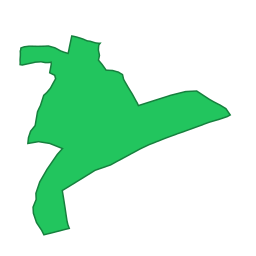 Jayawijaya, Papua, Indonesia (Albers equal-area conic projection), rotated 354°
{"feature_id": "22746128B40741333574981", "entity_name": "Jayawijaya", "entity_type": "district", "adm_level": 2, "iso_a3": "IDN", "parent_name": "Indonesia", "parent_adm1": "Papua", "projection": "albers", "projection_center": [138.85, -4.123], "detail": "fine", "context": "isolated", "style": "filled", "palette": "green", "viewbox_px": 256, "rotation_deg": 354, "n_neighbors": 0, "source": "geoboundaries", "source_scale": "gbopen_adm2", "svg_char_len": 2562}
<svg xmlns="http://www.w3.org/2000/svg" viewBox="0 0 256 256"><g transform="rotate(354 128 128)"><path d="M128.1,74.3L125.8,72.6L124.3,71.4L122.4,70.7L118.7,69.2L112.3,68.2L110.8,65.5L108.8,62.0L105.7,57.4L107.2,52.9L107.1,51.6L107.1,51.4L106.8,48.9L106.7,47.5L106.8,46.7L107.2,44.3L107.3,43.9L107.7,42.3L109.1,40.8L107.8,40.7L104.7,40.0L102.5,39.1L99.5,37.8L96.6,37.1L95.3,36.4L92.7,34.9L89.4,33.4L88.8,33.2L86.8,32.3L83.7,31.2L81.7,30.6L78.4,40.8L77.4,44.1L77.1,45.0L76.2,47.6L72.8,46.1L72.4,46.0L70.3,44.9L69.6,44.6L68.9,44.2L64.9,41.4L64.5,41.2L63.7,40.6L61.9,39.9L60.1,39.2L57.6,38.2L57.3,38.1L56.8,38.1L53.2,37.9L48.4,37.5L48.2,37.5L45.5,37.2L39.2,36.4L38.2,36.3L33.3,36.4L29.9,37.2L29.8,37.5L29.4,39.4L28.9,40.1L28.8,42.2L28.8,42.3L28.5,44.9L27.9,48.3L27.8,49.0L27.6,51.9L27.3,53.7L29.4,54.3L33.9,53.8L38.8,53.3L39.0,53.3L42.4,52.9L42.5,52.8L44.3,52.9L46.8,53.0L48.4,53.0L49.6,53.4L52.5,54.3L53.4,54.4L55.5,54.6L57.6,54.6L58.4,54.5L58.4,56.1L58.4,56.4L57.8,58.4L55.9,64.9L58.3,66.4L59.5,67.2L60.6,67.9L60.7,68.4L61.1,71.1L61.2,71.4L60.9,71.8L60.5,72.4L59.1,74.4L58.1,75.8L56.0,78.9L54.8,80.6L54.7,80.7L54.4,80.9L50.9,84.3L50.3,84.7L50.1,84.9L47.6,86.7L46.3,89.7L43.2,96.7L42.8,97.3L41.4,99.5L39.7,102.4L35.9,115.9L35.0,116.8L30.8,121.0L28.0,127.2L26.8,132.9L31.7,132.6L37.6,132.2L42.7,133.6L48.4,135.1L52.6,137.3L60.7,141.6L54.9,146.9L43.1,160.7L41.3,163.2L34.6,172.4L29.6,183.3L29.2,189.5L27.9,191.9L25.3,196.8L25.0,202.9L27.1,212.3L27.7,213.6L30.0,218.0L31.4,220.6L33.2,225.4L36.0,225.0L40.0,224.5L51.3,222.8L55.3,222.2L59.1,221.7L58.1,217.9L57.6,213.8L57.4,209.2L57.3,207.4L57.1,202.2L56.9,198.0L56.5,190.1L56.1,183.3L56.5,183.1L63.5,179.8L81.4,171.2L90.9,166.6L96.5,165.3L101.4,164.2L102.0,164.0L106.8,162.9L111.3,161.0L112.9,160.3L121.3,156.9L126.9,154.6L128.2,154.0L130.3,153.2L136.1,150.8L137.8,150.1L141.1,148.9L142.0,148.6L146.8,146.9L147.7,146.6L151.2,145.7L153.6,145.0L155.2,144.5L156.6,144.2L160.3,143.1L163.9,142.1L167.0,141.3L175.4,139.2L177.0,138.7L177.3,138.7L183.1,137.4L184.5,137.0L195.4,134.3L200.3,133.1L202.0,132.7L202.7,132.5L203.2,132.3L204.3,132.0L209.6,130.7L220.6,128.7L221.3,128.5L222.5,128.3L222.8,128.2L228.0,127.0L231.0,125.7L227.4,119.0L221.8,114.7L220.2,113.7L215.8,110.8L211.9,108.0L208.0,104.8L204.1,101.6L200.2,98.4L191.5,97.9L189.0,97.8L188.2,97.9L173.4,100.0L171.3,100.5L162.5,102.3L157.1,103.4L150.8,104.7L140.7,106.8L139.8,104.1L138.8,101.9L138.0,100.0L136.4,96.1L135.3,93.6L134.3,91.6L132.0,86.7L131.8,86.2L129.6,81.3L128.7,79.1L128.6,78.2L128.1,74.3Z" fill="#22c55e" stroke="#15803d" stroke-width="1.5"/></g></svg>